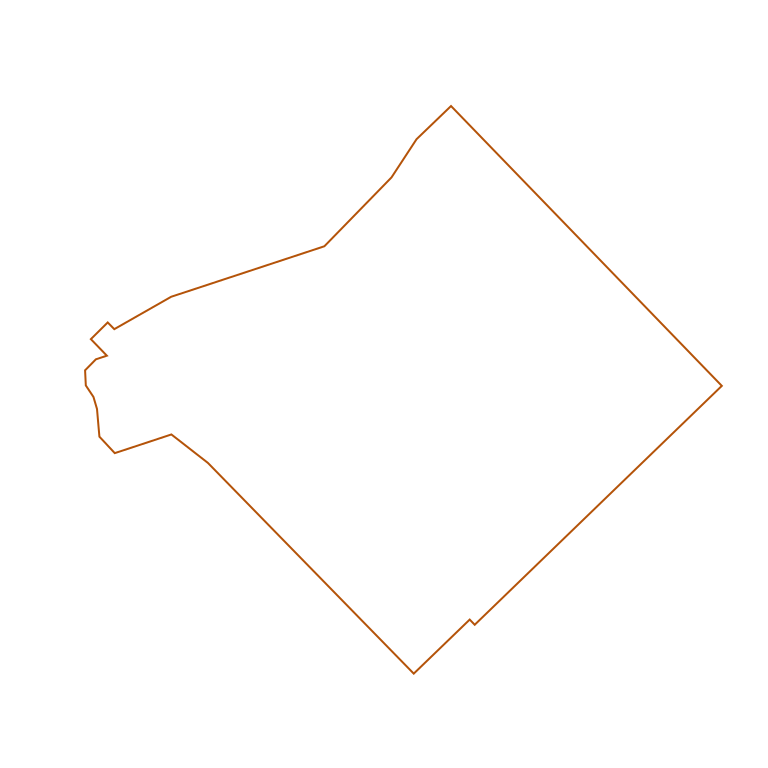 outline of 85, Ar Rayyān, Qatar, rotated 316°
{"feature_id": "91078587B12839905472934", "entity_name": "85", "entity_type": "district", "adm_level": 2, "iso_a3": "QAT", "parent_name": "Qatar", "parent_adm1": "Ar Rayyān", "projection": "albers", "projection_center": [50.97, 25.364], "detail": "fine", "context": "isolated", "style": "outline", "palette": "amber", "viewbox_px": 768, "rotation_deg": 316, "n_neighbors": 0, "source": "geoboundaries", "source_scale": "gbopen_adm2", "svg_char_len": 502}
<svg xmlns="http://www.w3.org/2000/svg" viewBox="0 0 768 768"><g transform="rotate(316 384 384)"><path d="M204.2,613.0L282.0,613.0L282.0,620.2L408.0,620.1L625.7,620.0L625.6,522.7L625.5,407.2L625.3,230.6L577.5,230.5L532.9,240.6L436.8,243.5L341.0,197.3L291.5,173.4L228.1,157.2L228.0,147.8L204.3,148.1L204.3,171.1L193.9,166.1L178.5,166.5L168.5,177.9L166.0,191.5L160.2,202.6L147.7,218.0L142.7,224.2L142.3,246.7L196.0,272.6L202.5,318.4L204.2,613.0Z" fill="none" stroke="#b45309" stroke-width="2"/></g></svg>